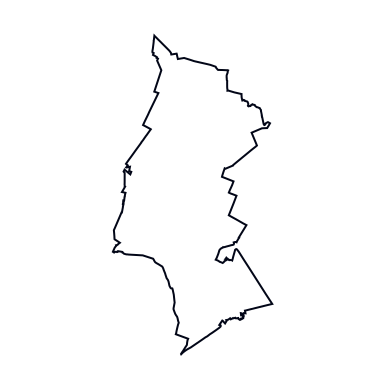 the district of San Nicolás Buenos Aires, Puebla, Mexico, rotated 173°
{"feature_id": "50627088B47100083140695", "entity_name": "San Nicolás Buenos Aires", "entity_type": "district", "adm_level": 2, "iso_a3": "MEX", "parent_name": "Mexico", "parent_adm1": "Puebla", "projection": "natural_earth1", "projection_center": [-97.501, 19.221], "detail": "fine", "context": "isolated", "style": "outline", "palette": "ink", "viewbox_px": 384, "rotation_deg": 173, "n_neighbors": 0, "source": "geoboundaries", "source_scale": "gbopen_adm2", "svg_char_len": 5895}
<svg xmlns="http://www.w3.org/2000/svg" viewBox="0 0 384 384"><g transform="rotate(173 192 192)"><path d="M210.3,351.7L211.3,347.6L211.6,346.9L211.6,346.4L212.0,344.6L213.4,339.0L214.0,337.1L214.2,336.2L214.2,335.7L214.2,335.3L214.0,335.2L213.1,334.6L213.4,334.0L214.0,332.8L212.2,331.6L210.4,330.1L210.8,329.4L209.5,328.5L210.6,326.7L207.6,316.6L216.2,298.3L216.7,297.2L217.2,296.2L213.3,294.3L224.8,276.5L226.1,274.3L230.2,268.0L232.4,264.4L228.8,261.9L225.3,259.4L225.2,259.3L226.9,257.5L229.1,255.1L229.7,254.4L231.2,252.9L231.6,252.4L232.1,251.9L234.2,249.5L235.9,247.8L236.3,247.4L236.3,247.2L243.4,239.6L245.5,237.3L249.4,233.1L250.0,232.5L252.3,230.0L254.1,228.0L252.5,226.3L254.3,224.4L254.1,224.3L251.5,224.5L250.5,224.6L251.8,220.5L249.8,219.4L251.1,217.0L256.2,222.4L256.3,222.2L257.4,220.6L256.5,219.1L256.6,218.7L256.6,218.4L257.8,208.9L258.0,207.8L258.0,207.2L258.0,206.7L258.1,205.9L258.3,205.0L258.1,205.0L258.3,204.7L258.7,204.2L261.5,200.5L258.1,199.3L258.7,197.8L259.3,195.9L259.5,195.4L259.4,195.3L259.6,195.0L259.7,194.7L259.8,194.1L260.1,193.0L260.3,192.1L260.5,191.6L260.8,191.8L261.2,192.0L261.3,191.7L261.4,191.4L261.4,191.1L261.5,190.8L261.4,190.4L261.4,190.1L261.2,189.7L261.4,189.1L261.8,189.4L261.9,189.1L261.5,188.9L262.0,188.1L261.6,187.9L261.8,187.4L262.4,185.7L262.5,185.1L262.8,184.2L264.0,180.4L264.2,180.5L264.3,180.5L272.4,166.6L272.7,166.1L274.2,163.6L274.3,160.2L274.5,156.3L274.6,156.0L274.6,155.4L274.6,155.0L274.6,154.5L271.5,151.9L269.8,150.4L271.5,149.4L272.4,148.6L273.9,148.4L273.8,147.8L275.4,146.3L277.8,142.3L276.7,141.4L275.8,142.0L275.3,141.9L274.9,141.9L274.4,141.9L273.8,141.5L273.0,141.6L272.8,141.8L272.6,142.3L268.4,141.0L268.4,140.3L267.7,139.9L267.1,139.1L266.3,138.7L265.3,138.3L264.4,138.0L263.6,137.9L262.4,137.6L248.6,135.1L238.7,130.5L238.2,129.4L237.7,128.0L237.1,126.8L236.0,125.8L234.1,124.4L230.6,121.6L229.9,119.8L229.6,118.2L229.1,116.3L228.6,114.5L228.4,113.1L227.7,109.6L226.6,107.5L226.2,105.9L225.8,101.6L225.0,99.5L224.5,98.9L223.3,98.7L223.1,97.9L222.6,92.3L222.7,86.6L222.7,84.4L224.5,78.8L224.6,77.7L224.3,76.4L224.0,75.1L223.5,73.1L222.9,71.7L222.0,70.0L221.7,68.4L221.5,65.9L221.1,63.8L221.9,62.3L222.9,59.7L223.9,57.0L224.5,55.2L224.9,53.9L225.4,52.8L213.7,46.8L214.5,45.4L215.2,43.1L215.5,41.7L215.8,40.7L216.3,40.1L217.2,39.1L218.4,37.6L219.5,36.3L220.1,35.5L221.3,34.2L222.6,32.6L222.5,32.3L220.6,33.8L218.6,35.0L216.3,36.2L214.1,37.1L212.9,37.6L212.5,37.7L200.5,43.9L196.4,46.1L194.4,46.9L191.6,48.6L189.3,49.7L185.1,51.9L181.3,54.0L181.2,54.1L180.0,55.0L179.8,56.0L181.1,56.7L177.6,60.7L177.2,60.4L175.9,58.5L175.2,57.5L173.3,59.9L173.6,60.7L171.5,60.9L169.6,62.0L169.0,60.9L166.9,61.8L166.8,61.5L164.4,61.9L164.2,61.4L163.6,61.2L161.5,61.3L161.4,60.4L160.0,59.2L158.5,59.7L159.0,60.3L158.6,60.5L156.6,60.5L156.6,61.6L156.2,61.7L155.9,61.9L155.8,63.1L158.3,63.5L158.3,65.8L157.4,65.5L156.9,64.9L155.8,64.9L155.3,65.5L153.7,65.1L153.9,67.8L152.6,67.9L151.3,68.1L131.4,70.5L126.0,71.1L131.2,81.7L145.0,110.6L148.7,118.2L153.0,127.3L153.4,127.9L154.2,129.3L154.6,129.7L154.8,129.9L155.2,129.9L155.3,129.9L155.6,129.8L155.7,129.7L156.0,129.5L156.3,129.3L156.6,128.4L159.0,122.7L159.6,121.1L160.0,120.1L160.4,119.2L160.5,119.3L162.8,120.0L163.0,119.8L163.5,119.9L164.8,121.5L165.4,121.9L165.9,122.6L166.7,121.6L167.1,121.3L165.7,120.4L168.2,119.4L168.3,119.2L169.2,118.4L170.2,117.8L170.8,118.2L172.8,119.3L173.0,119.3L173.8,120.1L174.7,120.8L176.7,121.9L175.5,123.6L173.6,127.1L172.9,128.6L171.9,130.9L170.4,132.3L169.6,132.5L169.2,132.8L168.1,133.1L167.8,133.5L167.4,133.3L166.1,133.4L164.4,133.7L161.4,134.1L159.8,134.4L158.2,134.5L157.1,134.7L156.8,135.2L156.5,135.9L156.5,136.3L156.6,136.6L156.7,136.9L156.3,137.0L155.4,137.1L154.4,137.0L153.9,136.7L153.7,137.1L152.9,138.3L152.7,138.5L151.4,140.2L150.8,140.8L151.1,141.1L142.0,152.5L144.9,154.5L151.7,159.6L154.9,161.9L158.3,164.4L152.1,175.7L148.3,182.9L152.0,184.9L154.0,185.9L155.5,186.9L154.0,189.6L152.8,191.5L151.3,194.0L149.5,197.5L156.3,201.2L160.4,203.4L159.9,204.7L158.3,208.2L157.4,210.0L156.7,211.5L156.0,211.0L148.0,213.3L147.9,213.7L143.7,216.4L131.1,224.4L128.8,225.9L125.7,227.8L123.2,229.3L121.9,230.2L122.3,231.8L125.6,243.6L114.8,246.7L112.0,246.5L109.6,246.3L107.6,248.8L106.2,250.7L107.0,251.3L108.1,252.1L109.8,251.5L110.7,251.0L110.8,250.6L111.0,250.6L111.1,250.4L111.2,250.2L111.4,250.0L111.5,249.9L111.6,249.7L111.8,249.6L112.0,249.6L112.1,249.8L112.3,250.0L112.4,250.3L112.6,250.6L113.2,257.6L113.4,257.8L113.3,258.3L113.5,259.1L113.3,259.4L113.6,263.3L113.7,263.7L113.6,264.4L113.6,264.8L113.6,265.0L113.8,265.2L114.0,265.6L114.1,265.9L114.5,266.9L114.6,267.1L114.8,267.2L115.5,267.4L116.5,268.1L117.4,268.3L118.6,269.5L118.9,269.9L119.1,270.7L120.1,271.1L120.8,271.1L121.2,271.7L122.4,271.3L122.9,270.9L123.3,270.4L123.5,270.2L124.2,270.3L124.9,270.2L125.4,270.1L125.8,270.4L126.0,270.8L125.6,271.4L125.4,272.7L125.5,273.4L125.7,273.9L125.7,274.4L126.2,275.1L128.5,276.0L128.7,276.7L129.5,277.1L130.1,277.2L130.3,276.7L130.6,276.4L130.8,276.1L130.8,275.8L130.8,275.7L131.2,279.7L131.0,282.7L130.9,283.2L137.8,285.7L143.5,288.2L144.5,288.2L144.3,289.7L144.4,290.2L144.3,291.9L143.7,297.0L143.6,297.4L143.5,298.1L143.7,298.4L143.8,298.8L143.7,300.3L143.6,300.8L143.7,301.0L143.7,301.3L143.6,301.8L143.5,303.0L143.4,303.4L143.3,303.8L143.0,304.3L142.9,304.5L142.6,305.2L142.3,305.6L141.9,306.8L141.9,307.3L141.8,307.5L141.3,308.3L141.6,308.5L143.1,308.7L145.9,309.2L151.2,310.0L151.3,310.1L151.5,310.2L153.0,312.5L153.1,313.2L153.3,313.5L158.4,316.0L159.5,316.4L161.1,317.0L166.4,318.9L172.8,321.2L174.1,321.7L176.6,322.9L179.0,324.0L183.5,326.0L189.8,325.7L190.1,328.3L190.2,329.3L190.2,329.7L190.3,330.7L190.4,331.2L195.8,331.0L196.0,332.8L197.2,334.9L198.5,336.6L203.5,343.0L205.1,345.1L205.7,345.8L206.2,346.5L206.8,347.2L208.4,349.3L209.3,350.4L209.8,351.0L210.3,351.7Z" fill="none" stroke="#020617" stroke-width="2"/></g></svg>